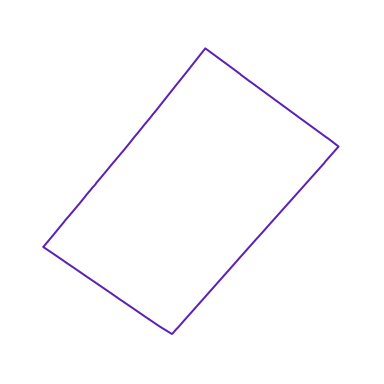 the district of Grindu, Ialomita, Romania, rotated 193°
{"feature_id": "2599482B93740752830620", "entity_name": "Grindu", "entity_type": "district", "adm_level": 2, "iso_a3": "ROU", "parent_name": "Romania", "parent_adm1": "Ialomita", "projection": "natural_earth1", "projection_center": [26.934, 44.758], "detail": "fine", "context": "isolated", "style": "outline", "palette": "violet", "viewbox_px": 384, "rotation_deg": 193, "n_neighbors": 0, "source": "geoboundaries", "source_scale": "gbopen_adm2", "svg_char_len": 1984}
<svg xmlns="http://www.w3.org/2000/svg" viewBox="0 0 384 384"><g transform="rotate(193 192 192)"><path d="M211.4,334.8L213.1,331.2L218.2,320.4L224.9,306.2L231.9,291.7L238.6,277.6L245.6,262.8L245.9,262.2L247.4,259.3L248.8,256.3L249.8,254.2L252.1,249.6L252.7,248.3L252.9,248.2L254.5,244.8L257.7,238.2L260.2,233.3L264.8,223.6L267.6,217.9L270.3,212.7L276.8,200.0L279.6,194.4L279.9,193.7L285.5,182.7L287.5,178.8L287.7,178.0L287.9,177.6L288.7,176.1L289.0,175.6L289.7,174.5L290.2,173.5L290.9,172.0L291.1,171.5L291.3,171.3L291.7,170.3L292.0,169.8L292.3,169.3L292.8,168.3L293.1,167.6L293.8,166.4L294.5,164.9L295.2,163.2L296.0,161.8L296.6,160.4L297.3,159.0L298.8,155.9L299.6,154.3L300.4,152.9L301.0,151.6L302.2,149.3L303.8,146.1L304.9,144.0L307.1,139.8L307.5,139.0L307.9,138.3L308.7,136.8L309.7,134.8L309.8,134.4L310.5,132.9L313.0,128.0L316.4,121.1L317.6,118.6L318.2,117.5L319.7,114.6L321.0,111.9L321.4,111.2L321.6,110.7L321.8,110.4L323.6,106.8L323.9,106.2L324.2,105.7L324.3,105.3L324.5,105.1L324.4,104.9L323.9,104.7L323.6,104.6L323.3,104.5L322.1,104.0L321.1,103.7L320.8,103.5L319.6,103.1L306.8,98.1L301.1,95.9L299.0,95.0L293.8,93.0L292.2,92.4L281.3,88.1L276.5,86.2L273.9,85.2L272.8,84.8L267.7,82.8L245.5,74.1L239.6,71.7L225.6,66.3L210.9,60.5L201.3,56.8L195.4,54.5L190.4,52.7L187.0,51.6L182.8,50.2L181.0,49.6L179.9,49.2L179.5,49.3L179.2,49.6L178.9,50.1L178.6,50.7L176.4,54.9L176.1,55.3L175.9,55.7L175.7,55.8L175.6,56.0L175.3,56.6L174.9,57.3L170.4,65.7L165.2,75.2L135.1,130.5L130.4,139.3L126.7,146.0L125.8,147.6L125.7,147.9L118.5,161.0L113.2,170.5L109.8,176.8L85.1,221.8L69.3,250.6L69.1,251.4L59.5,269.1L59.7,269.4L72.6,275.3L72.8,275.2L85.1,280.5L105.8,289.3L111.3,291.7L111.6,291.8L119.7,295.3L129.1,299.3L129.3,299.4L129.6,299.5L135.3,302.0L138.9,303.5L147.0,307.0L158.2,311.8L162.5,313.6L164.1,314.3L166.8,315.5L170.8,317.2L171.2,317.6L179.5,321.2L187.8,324.8L194.8,327.8L201.7,330.8L205.0,332.2L210.8,334.7L211.2,334.8L211.4,334.8Z" fill="none" stroke="#5b21b6" stroke-width="2"/></g></svg>